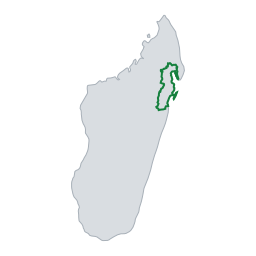 Analanjirofo on a map of Madagascar (Albers equal-area conic projection)
{"feature_id": "MDG-5863", "entity_name": "Analanjirofo", "entity_type": "Autonomous Province", "adm_level": 1, "iso_a3": "MDG", "parent_name": "Madagascar", "parent_adm1": "", "projection": "albers", "projection_center": [49.502, -16.347], "detail": "fine", "context": "in_parent", "style": "outline", "palette": "green", "viewbox_px": 256, "rotation_deg": 0, "n_neighbors": 0, "source": "natural_earth", "source_scale": "10m", "svg_char_len": 6642}
<svg xmlns="http://www.w3.org/2000/svg" viewBox="0 0 256 256"><path d="M169.2,21.2L170.0,23.0L170.8,24.6L173.6,28.7L174.7,30.3L175.7,31.9L176.2,35.2L177.9,40.3L179.5,48.1L180.0,56.0L180.5,59.6L181.7,63.0L183.8,66.6L184.4,70.6L183.1,74.6L181.3,78.4L180.8,79.2L180.0,80.1L179.6,80.1L178.1,79.1L176.9,77.5L175.4,73.7L174.9,71.7L174.3,71.4L172.5,71.6L171.2,72.8L171.0,73.5L171.3,75.7L171.7,77.6L172.0,79.6L172.0,82.1L172.5,82.8L173.2,83.4L173.9,85.1L174.0,88.9L173.6,90.9L172.3,92.5L172.4,93.4L172.9,94.4L172.4,95.0L170.8,95.7L170.1,96.3L169.2,98.0L167.8,101.5L167.6,103.3L168.5,108.7L168.2,112.5L166.4,119.8L165.4,123.3L163.9,127.4L161.6,132.9L159.4,139.7L157.5,146.8L156.1,151.0L154.6,155.2L152.4,162.6L150.6,170.1L148.0,178.3L144.3,187.5L143.9,188.7L143.1,193.4L142.3,197.4L141.4,201.4L139.3,208.1L139.1,210.1L138.7,212.1L136.7,216.2L135.9,217.8L135.3,219.4L135.0,221.5L134.4,223.5L133.0,227.2L130.8,230.4L129.4,231.6L126.2,233.3L124.5,233.7L120.9,233.8L117.5,234.8L113.9,236.7L110.4,238.8L109.1,239.8L107.6,240.4L103.0,240.6L101.6,240.2L96.9,236.9L95.1,236.4L91.7,236.0L90.7,235.7L89.7,235.3L88.3,233.5L85.6,232.1L84.9,231.6L84.4,230.6L84.1,229.4L83.4,228.2L82.8,225.8L81.9,224.1L79.3,221.2L79.0,220.3L78.7,217.1L78.7,215.0L78.3,211.0L78.6,209.2L79.4,207.5L79.0,205.7L78.0,203.8L77.6,201.9L76.8,200.1L74.1,197.0L73.4,195.4L72.9,193.8L71.8,188.7L71.6,186.9L71.6,183.1L71.9,181.2L72.5,179.8L72.7,178.8L73.1,177.9L73.7,177.2L74.1,176.4L74.9,171.5L76.2,170.4L78.0,169.7L79.5,168.4L80.3,166.7L81.1,163.2L83.4,159.6L84.2,157.8L86.0,154.9L87.6,151.0L88.1,149.1L88.4,147.3L88.8,143.1L89.0,141.0L88.9,139.0L87.9,136.9L85.5,133.2L85.4,132.5L85.5,129.7L85.2,127.6L84.3,125.6L83.2,123.7L82.0,120.2L81.3,114.2L81.3,112.1L81.0,110.2L80.1,108.4L80.6,105.2L87.4,93.5L87.6,92.2L87.2,88.7L87.3,86.6L87.5,85.9L88.0,85.4L89.2,85.2L95.0,84.5L95.7,84.2L97.1,83.1L99.0,81.2L99.9,80.7L100.7,80.9L101.2,81.6L101.9,82.1L104.2,81.2L105.0,81.1L106.0,81.3L106.4,80.5L106.6,79.4L106.9,78.7L107.5,78.2L110.5,78.0L112.4,77.6L114.9,76.8L115.4,77.0L117.4,79.6L118.0,79.8L118.8,79.9L119.5,79.4L117.8,78.1L117.6,77.3L117.6,76.4L118.5,74.5L119.9,73.0L123.1,70.8L126.4,68.2L127.4,68.0L128.2,68.4L128.9,71.4L128.8,71.9L129.3,71.9L129.9,71.6L130.5,70.3L130.5,69.3L130.0,68.4L129.8,67.6L129.8,66.8L131.4,65.0L132.8,63.3L133.4,61.3L133.9,60.4L135.3,59.3L135.7,59.5L136.0,60.3L136.2,61.2L135.9,62.1L135.4,63.0L135.2,64.2L136.0,64.4L136.7,64.1L137.8,62.0L139.0,59.9L139.8,58.9L140.7,58.1L142.2,58.3L143.8,58.7L141.3,56.6L140.6,53.7L143.5,48.6L143.6,47.5L144.0,47.2L144.2,46.8L142.6,45.1L142.3,44.3L142.5,43.0L143.3,41.8L143.9,41.0L144.9,40.7L145.6,41.2L147.3,42.6L148.4,42.8L149.7,41.4L150.8,39.7L152.4,38.6L154.3,37.8L157.1,35.2L159.0,29.6L159.1,28.0L158.7,26.1L158.0,24.2L156.9,21.9L157.2,21.4L158.8,21.7L159.3,21.4L161.0,19.3L163.8,15.4L164.7,15.4L165.5,16.1L165.8,17.2L166.4,18.0L168.3,19.8L169.2,21.2ZM149.7,36.8L149.8,37.4L147.6,37.2L147.3,35.1L148.3,35.0L148.6,34.2L149.2,34.1L149.9,35.9L149.7,36.8ZM175.6,95.9L173.8,98.9L174.3,96.4L176.4,92.7L176.9,92.4L175.6,95.9Z" fill="#d9dde1" stroke="#a8b0b8" stroke-width="1"/><path d="M178.7,79.4L178.3,79.5L177.5,78.8L177.2,78.4L177.1,77.9L177.0,77.1L176.8,76.9L176.6,76.7L176.4,76.5L176.2,76.3L176.1,76.1L176.1,75.8L176.0,75.5L176.0,75.3L176.1,75.0L176.2,74.8L176.2,74.5L176.1,74.3L176.0,74.2L175.9,74.1L175.6,74.1L175.1,73.5L175.1,73.2L175.2,72.7L175.2,72.4L175.0,71.6L175.1,71.4L175.0,71.1L174.7,71.1L174.2,71.3L173.7,71.4L172.6,71.4L172.1,71.5L171.7,71.9L170.8,73.2L170.8,73.6L171.2,74.6L171.2,74.8L171.2,75.0L171.0,75.5L171.3,75.9L171.4,76.1L171.6,76.6L171.8,77.2L171.9,78.0L172.1,78.6L172.3,79.0L172.3,79.5L172.2,79.8L171.7,80.6L171.5,81.1L171.5,81.7L171.6,82.2L171.8,82.7L172.3,83.1L173.3,83.5L173.8,83.8L174.1,84.3L174.2,84.8L173.8,86.4L173.8,87.0L173.9,87.6L174.2,87.8L174.4,88.0L174.3,88.9L174.3,89.1L174.2,89.8L174.2,90.0L173.3,91.5L172.9,92.0L172.2,92.6L172.2,93.4L172.3,93.7L172.5,94.1L172.9,94.4L173.2,94.6L173.6,94.6L174.0,94.6L173.5,94.9L173.0,95.1L172.1,95.2L171.7,95.4L170.9,95.5L170.6,95.6L170.3,95.8L170.1,96.0L169.0,98.2L168.3,100.3L167.5,102.2L167.3,103.4L167.4,103.7L167.9,104.4L168.2,106.1L165.9,106.3L165.3,107.5L165.3,108.8L163.3,109.4L160.9,109.6L158.7,110.1L158.3,108.6L156.7,107.8L156.3,106.9L157.7,105.9L158.5,103.7L157.5,102.5L158.3,100.7L157.9,97.9L158.9,95.4L158.9,94.0L159.3,92.1L160.0,92.0L160.2,91.9L160.3,91.9L160.4,91.7L160.2,91.4L160.1,91.2L160.1,90.9L160.3,90.7L160.5,90.6L160.6,90.4L160.8,89.9L161.0,89.6L161.1,89.4L161.1,89.2L161.1,88.9L161.2,88.7L161.3,88.6L161.5,88.5L162.3,88.2L162.6,87.9L162.9,87.5L162.9,87.4L162.9,87.1L163.0,87.0L164.0,85.2L164.1,84.9L164.0,84.7L163.9,84.4L163.9,84.2L163.9,83.9L163.6,83.7L163.4,83.7L162.8,83.6L162.3,83.5L160.8,82.8L160.7,82.8L160.7,82.7L160.9,82.0L161.0,81.4L161.2,80.9L161.3,80.6L161.8,80.1L162.0,79.7L162.2,79.3L162.3,79.2L162.3,78.9L162.1,77.9L162.0,77.6L161.8,77.2L161.7,77.1L161.5,76.8L161.5,76.7L161.5,76.3L161.7,75.5L161.9,73.5L161.9,73.4L161.9,73.2L161.8,72.9L161.8,72.7L162.2,72.2L162.4,72.0L162.5,71.9L162.5,71.7L162.4,71.6L162.2,71.7L161.9,71.6L161.6,71.6L161.4,71.6L161.2,71.5L161.1,71.4L161.0,71.2L160.9,71.1L160.9,70.8L160.9,70.7L160.8,70.3L160.8,70.1L160.9,69.9L161.1,69.9L161.5,69.8L161.8,69.8L162.1,69.8L162.3,69.8L162.8,69.5L163.2,69.4L163.3,69.3L163.5,69.2L163.7,68.9L163.9,68.8L164.0,68.8L164.1,68.7L164.4,68.8L164.5,68.8L164.7,68.7L165.1,68.4L165.3,68.4L165.5,68.2L165.8,68.0L166.1,68.1L166.3,68.1L166.5,68.0L166.5,67.9L166.6,67.7L166.6,67.4L166.6,67.2L166.4,66.9L166.4,66.6L166.5,66.5L167.0,66.6L167.4,66.6L167.5,66.6L167.8,66.5L167.8,66.4L167.9,66.0L167.9,65.8L167.9,65.7L167.8,65.4L167.8,65.2L168.0,64.8L168.0,64.7L168.0,64.3L167.9,63.9L167.9,63.7L168.0,63.4L168.6,63.7L168.7,63.8L168.8,63.8L169.0,63.8L169.2,63.7L169.5,63.3L169.5,63.2L169.8,63.1L170.0,63.1L170.9,63.9L171.3,64.3L171.4,64.6L171.8,65.1L171.9,65.3L172.1,65.4L173.5,64.8L173.8,64.8L174.0,64.8L174.8,64.9L175.0,64.9L175.3,64.8L175.4,64.7L175.5,64.7L175.7,64.8L175.8,64.8L175.9,65.0L176.2,65.6L177.3,67.0L177.2,67.3L176.7,67.6L176.4,67.9L176.4,68.0L176.5,68.2L176.8,68.6L177.0,68.8L177.0,69.0L176.8,69.4L176.8,69.5L176.7,69.9L176.7,70.1L176.7,70.3L176.8,70.5L177.4,71.3L177.4,71.5L177.4,71.8L177.1,72.5L177.1,73.2L177.1,73.3L176.9,73.9L176.9,74.0L177.2,74.8L177.4,75.4L177.5,76.0L177.6,76.5L177.8,76.8L177.9,77.0L178.0,77.4L178.6,79.4L178.7,79.4ZM175.9,93.8L175.9,93.6L176.0,93.3L176.0,93.0L176.1,92.8L176.3,92.7L177.0,92.3L176.9,92.7L176.3,93.9L175.9,95.2L175.1,96.9L174.5,97.7L174.1,98.7L173.8,99.1L173.6,98.6L173.7,98.2L174.1,97.3L174.2,97.1L174.2,96.9L174.2,96.4L174.3,96.1L174.4,95.9L174.8,95.5L175.9,93.8Z" fill="none" stroke="#15803d" stroke-width="2"/></svg>